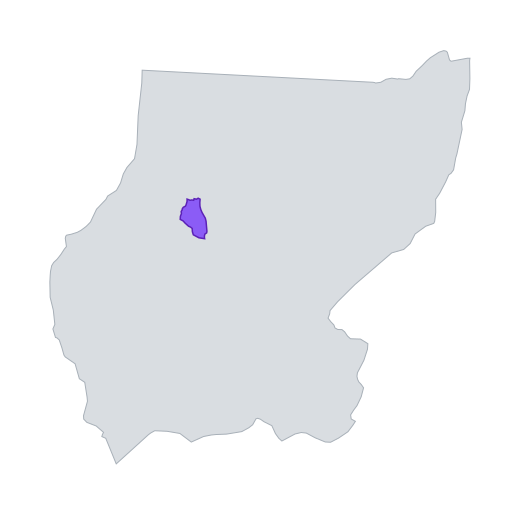 where Kamuli sits in Uganda, rotated 183°
{"feature_id": "UGA-3069", "entity_name": "Kamuli", "entity_type": "District", "adm_level": 1, "iso_a3": "UGA", "parent_name": "Uganda", "parent_adm1": "", "projection": "orthographic", "projection_center": [33.145, 0.917], "detail": "fine", "context": "in_parent", "style": "filled", "palette": "violet", "viewbox_px": 512, "rotation_deg": 183, "n_neighbors": 0, "source": "natural_earth", "source_scale": "10m", "svg_char_len": 2836}
<svg xmlns="http://www.w3.org/2000/svg" viewBox="0 0 512 512"><g transform="rotate(183 256 256)"><path d="M379.4,435.6L371.1,435.6L357.7,435.6L344.2,435.6L330.8,435.6L317.4,435.6L303.9,435.6L290.5,435.6L277.1,435.6L263.6,435.6L250.2,435.6L236.8,435.6L223.4,435.6L209.9,435.6L196.5,435.6L183.1,435.6L169.6,435.6L156.2,435.6L148.3,435.6L146.7,435.4L145.6,435.0L140.5,436.0L135.3,439.3L129.7,440.7L123.8,440.1L123.0,440.5L120.0,440.4L115.6,440.2L111.7,441.0L108.7,443.9L105.7,448.9L100.2,454.6L95.9,459.6L92.2,463.2L83.9,469.1L79.3,470.9L77.0,470.6L75.6,469.5L73.0,461.9L71.4,460.7L55.1,464.6L52.7,464.7L52.9,462.3L51.7,444.5L51.5,433.6L53.6,426.8L54.8,419.0L55.0,412.0L57.9,400.3L56.8,393.2L60.7,368.4L61.7,364.4L63.2,352.4L65.6,348.7L67.7,347.2L70.5,339.9L75.9,328.2L79.6,322.1L78.8,308.9L79.4,299.9L80.2,297.9L88.1,294.6L98.3,286.3L102.7,276.5L108.8,270.3L120.6,266.2L155.7,232.7L172.1,214.6L179.2,205.4L179.4,202.1L180.8,197.7L177.9,194.3L174.6,191.2L173.4,188.3L170.5,186.9L166.3,187.0L163.5,184.9L160.4,180.8L157.3,178.3L147.3,178.5L139.7,174.3L139.8,168.7L142.8,157.5L148.6,144.7L148.9,141.2L148.1,138.2L146.7,135.6L144.1,133.1L141.7,130.0L143.6,120.9L147.3,111.9L150.3,107.4L153.2,102.3L152.4,98.2L148.1,96.1L150.4,92.1L155.0,85.3L164.0,78.5L171.8,73.9L177.1,73.9L187.3,77.5L196.5,81.8L201.6,82.1L207.7,80.3L220.5,72.6L223.6,75.1L227.3,79.7L231.3,87.4L239.3,90.9L243.2,93.3L245.9,94.0L247.5,93.4L250.5,87.3L254.2,84.1L261.0,79.9L276.0,76.6L286.8,75.6L291.3,74.9L298.9,73.0L310.9,66.8L322.7,74.8L335.6,76.3L348.0,76.2L351.8,73.8L354.0,72.0L367.0,58.9L384.7,41.1L396.5,66.1L400.5,67.6L400.0,69.8L399.0,71.9L406.7,77.9L416.2,81.0L419.5,84.1L419.9,87.5L416.7,102.1L417.3,106.2L420.4,120.9L426.0,124.2L431.0,138.9L441.2,145.2L442.6,147.0L445.0,154.1L448.1,161.9L450.5,163.8L452.0,164.2L455.0,172.5L453.3,177.2L455.6,191.4L459.4,204.0L460.5,219.2L460.5,225.9L460.4,229.9L459.5,235.7L457.7,239.0L454.5,242.3L450.9,247.4L447.8,252.8L445.8,255.5L447.4,263.7L447.0,265.9L446.2,266.9L441.6,268.1L435.7,270.3L432.1,272.5L427.1,276.7L423.1,281.2L417.7,294.4L408.8,304.7L407.3,308.1L398.8,314.2L395.1,321.8L392.8,331.0L389.5,337.7L382.4,346.8L380.7,361.2L381.0,390.0L379.1,422.8L379.4,435.6Z" fill="#d9dde1" stroke="#a8b0b8" stroke-width="1"/><path d="M333.6,288.6L333.6,291.4L333.3,292.7L332.8,293.9L332.7,295.0L333.1,296.2L332.8,297.1L332.3,297.8L332.0,299.5L331.1,300.9L330.0,301.5L329.0,302.2L328.5,303.5L327.7,306.9L327.8,309.2L326.1,308.7L324.8,308.2L323.0,308.6L321.2,308.4L320.8,310.0L318.4,309.6L316.8,310.7L314.8,309.8L314.9,306.4L314.6,302.8L313.6,299.6L312.2,296.7L308.6,291.1L307.7,288.1L306.3,278.1L306.5,276.5L308.2,275.2L308.5,273.7L308.5,272.0L308.2,270.6L314.0,271.2L319.7,273.9L320.8,276.9L321.2,280.2L323.0,281.5L324.9,282.2L328.4,285.0L330.6,287.2L333.6,288.6Z" fill="#8b5cf6" stroke="#5b21b6" stroke-width="1.5"/></g></svg>